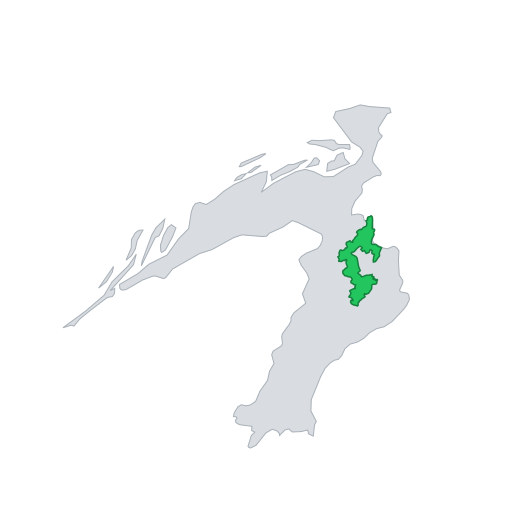 location of Zagrebacka within Croatia, rotated 109°
{"feature_id": "HRV-1588", "entity_name": "Zagrebacka", "entity_type": "County", "adm_level": 1, "iso_a3": "HRV", "parent_name": "Croatia", "parent_adm1": "", "projection": "robinson", "projection_center": [16.033, 45.768], "detail": "fine", "context": "in_parent", "style": "filled", "palette": "green", "viewbox_px": 512, "rotation_deg": 109, "n_neighbors": 0, "source": "natural_earth", "source_scale": "10m", "svg_char_len": 8595}
<svg xmlns="http://www.w3.org/2000/svg" viewBox="0 0 512 512"><g transform="rotate(109 256 256)"><path d="M76.4,175.1L78.7,178.2L95.0,182.0L98.6,180.3L100.8,177.8L100.8,176.2L102.2,175.7L108.0,178.1L125.7,177.9L129.3,176.0L136.0,165.2L138.2,164.3L139.6,164.8L140.6,168.0L143.1,170.9L152.0,178.1L155.4,179.0L158.7,177.0L162.1,176.4L171.8,180.2L180.0,180.9L186.1,179.0L183.1,173.2L182.6,170.3L183.0,167.8L187.2,165.2L187.0,164.1L182.0,159.7L182.3,158.5L193.3,153.5L203.9,150.7L205.6,148.5L207.1,139.2L206.5,134.2L202.2,129.5L201.9,127.2L203.0,124.7L204.6,122.5L213.8,119.9L227.3,114.4L231.3,109.3L233.8,108.5L241.3,109.2L242.9,108.0L241.9,100.7L243.2,98.8L247.1,96.8L253.7,97.5L259.2,99.4L273.5,105.9L281.2,111.8L285.5,118.4L291.3,123.5L298.5,127.1L304.3,132.0L308.6,138.2L314.6,141.7L322.2,142.5L327.0,144.6L329.1,148.1L333.3,151.2L339.6,154.1L349.3,155.6L373.8,157.0L384.7,153.6L392.8,145.1L396.3,145.7L407.7,143.2L407.0,148.3L403.7,150.6L407.2,155.9L410.6,164.4L408.8,168.7L411.1,172.0L418.0,175.3L416.1,176.3L414.6,179.1L414.5,184.2L420.0,189.0L434.9,194.3L439.3,198.6L439.4,200.4L438.6,201.6L427.3,202.0L422.9,199.8L422.5,203.3L418.4,204.4L420.9,217.0L420.0,220.7L418.5,221.9L415.3,221.2L414.5,222.4L415.2,225.1L411.1,225.5L404.5,224.0L401.5,221.6L400.9,216.7L398.7,212.9L393.5,209.0L382.6,208.3L369.8,204.6L360.6,205.7L351.8,204.0L344.3,209.0L340.4,208.9L332.7,202.7L330.4,202.4L323.7,205.5L321.0,205.7L309.8,202.3L305.8,201.8L302.8,202.9L297.4,201.7L284.5,193.6L276.6,199.8L260.3,198.3L255.5,202.5L250.0,210.4L245.5,214.3L241.6,212.9L237.0,209.4L229.0,200.3L224.9,198.7L220.2,198.3L216.2,199.3L214.0,201.2L210.8,226.1L210.7,233.2L219.7,239.8L230.3,251.0L233.7,252.3L235.4,256.0L240.6,276.2L246.0,283.2L264.3,299.7L272.1,310.2L295.5,330.7L305.8,334.3L307.5,336.2L307.6,344.2L308.7,347.1L315.7,355.5L329.8,367.7L331.5,370.5L331.9,372.5L331.0,374.1L327.4,375.8L311.2,362.0L298.5,354.5L284.1,340.4L265.0,334.8L252.0,328.6L235.4,331.5L230.1,331.5L226.3,330.4L223.6,326.6L223.5,319.8L215.9,313.6L205.5,307.7L195.7,300.1L176.1,279.5L172.2,272.9L182.3,270.4L194.0,271.7L181.4,263.0L163.4,245.9L158.1,237.8L157.5,229.1L158.9,217.2L155.7,208.7L141.9,197.8L136.8,192.0L126.6,188.6L122.0,188.9L119.2,193.2L117.1,202.6L100.0,227.8L93.4,227.6L86.2,215.6L79.2,206.6L77.7,197.1L72.6,177.8L76.4,175.1ZM381.5,405.3L381.6,408.2L386.7,415.2L364.0,399.5L342.5,386.8L327.4,383.7L306.7,373.5L293.2,369.8L304.2,369.0L336.2,382.6L332.6,379.0L337.2,377.6L341.1,378.6L343.6,383.1L361.6,395.1L373.1,402.2L381.5,405.3ZM132.6,241.5L132.1,244.5L128.3,240.7L126.4,233.8L121.7,222.7L121.1,219.6L123.6,216.5L123.5,213.4L120.2,203.8L123.1,202.2L124.7,202.0L125.4,208.7L126.9,212.5L131.4,217.3L130.5,225.1L131.3,236.4L132.6,241.5ZM152.9,216.7L145.2,218.4L141.5,215.4L140.6,213.0L134.2,212.2L129.7,207.3L135.1,203.6L138.1,197.6L148.5,209.9L152.9,216.7ZM276.7,349.9L266.8,350.1L258.1,348.7L253.9,346.2L255.5,340.8L265.1,341.2L279.8,343.6L283.4,346.4L282.3,347.7L276.7,349.9ZM302.6,361.2L298.2,362.0L270.1,361.4L261.9,359.8L250.9,354.3L260.1,353.1L268.6,354.3L271.2,357.3L302.6,361.2ZM176.3,266.8L174.7,268.8L159.1,255.1L157.3,250.5L149.6,241.1L148.5,238.6L155.5,244.7L158.2,245.3L165.0,251.3L171.6,259.0L179.5,265.6L176.3,266.8ZM268.3,371.3L280.0,373.4L288.5,372.4L296.3,373.8L302.3,377.5L289.0,376.6L281.0,379.1L273.9,377.8L271.2,376.2L269.3,374.1L268.3,371.3ZM176.2,299.0L177.0,300.9L172.9,300.2L157.6,283.2L156.0,279.9L161.4,283.8L176.2,299.0ZM149.3,227.0L155.7,237.2L149.8,234.1L144.5,232.9L143.4,230.6L145.3,226.8L149.3,227.0ZM328.9,389.0L337.6,394.4L312.2,387.3L317.8,386.6L328.9,389.0ZM187.7,295.0L191.8,300.8L187.9,299.6L183.7,296.0L181.3,292.1L187.7,295.0ZM178.9,288.1L179.9,290.9L172.1,285.7L168.6,280.7L178.9,288.1Z" fill="#d9dde1" stroke="#a8b0b8" stroke-width="1"/><path d="M199.2,151.5L201.6,151.9L204.0,151.8L205.2,151.5L206.5,150.9L207.1,150.1L207.0,149.0L206.3,147.5L206.1,146.5L206.3,145.6L206.7,144.7L207.1,143.7L207.2,142.4L207.1,140.1L208.2,140.1L212.5,140.4L213.8,140.2L214.6,139.6L215.7,139.3L216.2,139.3L216.6,139.5L217.1,139.7L217.9,140.0L221.7,141.0L222.2,141.2L222.6,141.6L223.2,142.5L223.5,143.0L221.8,143.8L218.6,144.4L217.7,144.5L216.6,144.4L216.1,144.6L215.8,144.8L215.9,145.2L216.0,145.7L216.1,146.2L216.0,146.8L215.7,147.3L215.2,147.6L213.6,147.8L213.2,148.0L213.0,148.4L213.0,148.6L212.7,149.8L212.8,149.9L213.2,150.2L215.4,150.2L216.2,150.8L217.7,152.6L217.0,153.5L215.6,155.2L216.9,156.8L215.6,159.1L213.7,158.1L213.2,159.1L213.0,159.8L212.9,160.3L212.9,160.6L213.0,160.9L213.1,161.0L213.4,161.3L213.8,161.7L215.6,162.8L219.4,164.3L219.8,164.6L220.2,164.8L220.5,165.1L220.6,165.5L220.8,165.8L221.0,166.1L221.2,166.4L222.3,167.0L223.4,165.4L223.9,161.5L225.1,159.7L232.8,155.4L235.8,152.7L236.0,152.7L237.8,153.7L238.8,154.1L239.0,154.0L239.1,153.8L239.3,153.2L239.8,152.4L239.9,151.7L240.1,151.0L240.1,150.8L240.2,150.6L241.2,149.7L241.3,149.5L241.2,149.1L240.8,148.4L238.5,145.7L238.2,145.2L237.4,143.1L235.7,140.2L237.5,139.6L237.7,139.4L237.9,139.3L237.9,139.2L237.4,138.8L237.3,138.6L237.3,138.4L237.3,137.9L237.4,137.7L237.5,137.6L237.8,137.6L238.0,137.7L238.3,137.7L238.7,137.9L238.9,137.9L239.1,137.9L239.7,137.8L239.9,137.6L239.9,137.4L239.7,137.2L239.0,136.7L238.9,136.5L238.8,136.2L239.0,136.1L239.9,135.6L240.1,135.4L240.2,135.1L240.0,134.9L239.8,134.8L239.6,134.7L239.2,134.5L239.0,134.4L238.9,134.1L238.9,133.7L239.0,133.4L239.3,133.3L239.5,133.3L240.4,133.6L240.7,133.6L240.9,133.5L241.8,133.1L242.0,133.0L243.1,133.2L244.1,134.6L244.2,134.9L244.5,135.9L244.7,136.2L244.9,136.5L245.3,136.8L245.5,136.9L245.9,137.0L246.6,136.9L247.6,136.4L249.5,136.0L254.1,137.3L254.8,137.6L255.8,138.9L256.3,139.4L256.4,139.6L256.5,139.7L256.5,139.9L256.5,140.1L256.3,140.5L256.2,140.9L256.4,141.1L256.7,141.2L257.6,141.0L258.0,140.7L258.4,140.2L258.6,140.0L258.7,139.8L258.9,139.7L259.1,139.7L259.5,139.8L261.1,141.2L261.4,141.5L263.8,142.7L264.2,143.0L264.5,143.3L264.6,143.6L265.0,143.7L265.5,143.5L265.9,143.5L266.4,143.8L266.6,144.0L267.0,144.1L267.5,144.1L269.3,143.4L270.2,143.8L270.2,144.6L270.2,145.3L270.5,147.7L270.4,148.2L270.3,149.2L270.0,150.3L269.1,151.3L268.6,151.6L268.1,151.8L267.3,151.8L266.8,151.6L266.6,151.3L266.6,150.9L266.8,150.6L266.8,150.2L266.6,149.9L266.3,149.9L265.9,150.1L264.5,152.0L264.4,152.5L264.4,153.2L264.6,154.4L264.5,154.7L264.1,154.9L262.0,154.2L260.3,154.2L259.8,154.4L259.1,155.5L258.1,156.0L255.4,153.3L254.7,152.2L254.6,151.8L254.4,151.6L254.2,151.6L253.9,151.7L253.8,151.8L253.6,152.3L253.4,152.4L250.9,152.4L251.1,153.0L251.1,153.3L251.2,153.7L251.1,154.1L250.6,155.7L250.4,157.3L250.2,157.6L248.8,158.0L248.6,158.0L248.2,157.9L247.1,157.3L246.8,157.4L246.5,157.6L245.5,158.9L245.3,159.4L245.2,160.2L245.6,162.2L245.4,163.2L245.7,165.5L244.5,167.7L243.7,168.4L242.0,169.0L241.3,168.9L240.8,168.5L240.4,168.1L239.9,167.9L239.5,167.7L238.9,167.6L238.6,167.5L238.4,167.3L237.9,166.5L237.3,166.2L236.8,166.1L236.4,166.1L236.0,166.2L235.8,166.4L234.8,167.4L233.0,168.7L232.5,168.9L231.9,168.9L230.6,168.8L230.3,168.9L230.1,169.2L230.1,169.6L230.1,170.0L230.3,170.2L230.5,170.3L231.1,170.5L231.4,170.7L231.5,171.0L231.5,171.5L231.6,171.8L231.7,172.1L232.0,172.3L233.0,173.0L233.4,173.5L233.6,173.9L233.6,175.0L233.6,175.3L233.9,175.6L234.0,175.7L234.1,175.9L234.0,176.1L233.8,176.1L233.0,176.1L232.3,176.2L231.9,176.5L230.1,178.3L229.5,177.8L229.3,177.7L228.8,177.5L228.2,177.5L227.7,177.6L227.2,177.9L226.7,178.3L225.8,178.5L223.2,178.4L222.7,177.7L222.7,176.7L222.8,176.4L222.8,176.2L222.4,175.6L221.1,174.3L219.4,174.0L219.2,173.9L219.0,173.5L219.0,173.2L218.8,172.8L218.5,172.7L218.1,172.6L217.2,172.9L215.6,174.6L214.7,174.8L214.1,174.9L213.8,174.8L213.5,174.7L212.3,173.3L212.0,173.0L211.1,172.3L211.0,171.9L211.2,171.6L211.5,171.3L211.7,170.9L211.8,170.6L211.5,169.1L211.4,169.0L211.3,168.9L210.7,169.5L210.2,169.6L209.8,169.5L209.1,169.1L208.5,168.8L207.9,168.6L206.3,168.4L204.0,167.1L203.6,167.0L203.1,166.9L202.4,167.0L201.9,167.2L201.6,167.4L201.4,167.7L200.8,168.6L200.3,168.6L199.7,168.3L198.0,167.3L197.0,166.2L196.8,166.0L196.8,165.8L196.9,165.5L196.9,165.3L196.9,165.1L196.6,164.9L194.5,164.0L193.8,163.5L192.9,162.6L192.4,161.9L192.1,161.7L191.8,161.5L191.2,161.4L188.8,161.8L187.7,162.9L186.8,163.4L185.8,162.4L185.6,162.2L185.4,162.3L184.6,162.5L184.3,162.7L184.2,163.0L183.2,162.9L182.6,162.6L182.3,162.2L181.7,161.2L181.1,160.6L180.6,160.4L180.5,160.1L180.9,159.2L181.4,158.7L183.9,157.5L185.6,157.0L191.7,155.2L191.8,155.2L192.5,154.7L192.4,154.0L192.1,153.2L192.4,152.5L193.1,152.2L193.8,152.2L194.5,152.4L195.2,152.6L195.8,152.4L197.0,151.5L197.6,151.3L199.2,151.5Z" fill="#22c55e" stroke="#15803d" stroke-width="1.5"/></g></svg>